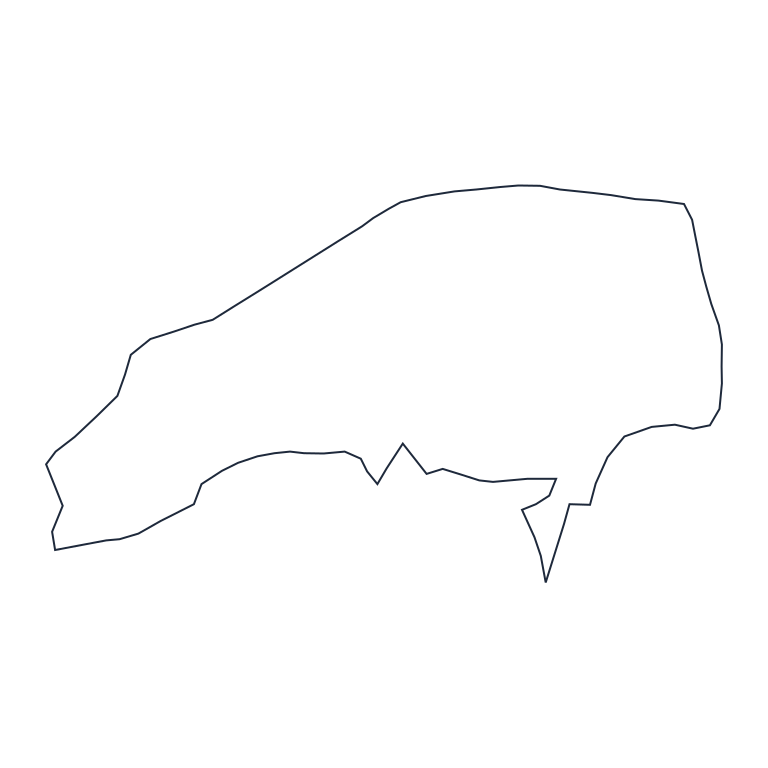 Raposa, Brazil
{"feature_id": "56859067B6565916351535", "entity_name": "Raposa", "entity_type": "district", "adm_level": 2, "iso_a3": "BRA", "parent_name": "Brazil", "parent_adm1": "", "projection": "robinson", "projection_center": [-44.091, -2.442], "detail": "fine", "context": "isolated", "style": "outline", "palette": "slate", "viewbox_px": 768, "rotation_deg": 0, "n_neighbors": 0, "source": "geoboundaries", "source_scale": "gbopen_adm2", "svg_char_len": 1186}
<svg xmlns="http://www.w3.org/2000/svg" viewBox="0 0 768 768"><path d="M545.7,582.5L564.0,524.0L569.5,504.2L590.0,504.8L595.7,483.5L607.5,457.2L624.4,436.5L651.7,426.9L674.9,424.7L693.0,428.7L709.9,425.3L719.5,408.9L721.9,383.5L721.6,366.5L721.9,344.5L718.9,325.4L711.3,304.0L706.3,286.7L702.0,270.6L698.4,251.7L695.2,235.6L692.1,219.8L684.0,204.0L658.5,200.6L635.3,199.1L611.0,195.1L592.7,192.9L559.9,189.5L540.0,185.8L518.4,185.5L500.4,187.0L476.3,189.5L454.5,191.4L425.8,196.0L400.7,202.2L388.9,208.7L373.3,218.0L362.1,226.3L338.1,241.2L263.3,288.2L232.9,307.1L212.7,319.8L194.4,324.7L174.2,331.5L150.4,339.0L130.8,354.8L125.0,374.6L117.4,395.9L96.9,416.0L74.8,436.8L55.6,451.6L46.1,464.3L54.8,486.0L62.7,505.8L52.1,531.8L55.1,550.0L84.3,544.5L106.2,540.4L119.6,539.2L138.4,533.6L160.8,520.9L193.9,504.2L201.5,484.1L222.0,470.8L238.1,462.8L257.5,456.3L274.5,453.2L290.0,451.6L304.0,453.2L323.6,453.5L344.7,451.6L360.8,458.7L367.1,471.4L377.4,484.1L386.7,468.3L402.8,443.6L426.6,473.9L442.7,468.9L460.8,474.5L479.3,480.4L493.0,481.9L527.4,478.8L556.1,478.8L549.3,495.6L535.9,504.2L522.0,509.8L534.5,537.3L540.8,555.9L545.7,582.5Z" fill="none" stroke="#1e293b" stroke-width="2"/></svg>